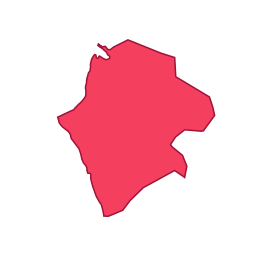 the district of Gwoza, Borno, Nigeria, rotated 128°
{"feature_id": "59680162B2846194934808", "entity_name": "Gwoza", "entity_type": "district", "adm_level": 2, "iso_a3": "NGA", "parent_name": "Nigeria", "parent_adm1": "Borno", "projection": "equal_earth", "projection_center": [13.592, 11.15], "detail": "fine", "context": "isolated", "style": "filled", "palette": "rose", "viewbox_px": 256, "rotation_deg": 128, "n_neighbors": 0, "source": "geoboundaries", "source_scale": "gbopen_adm2", "svg_char_len": 1947}
<svg xmlns="http://www.w3.org/2000/svg" viewBox="0 0 256 256"><g transform="rotate(128 128 128)"><path d="M79.9,203.0L80.2,203.1L81.5,202.6L81.5,199.4L81.4,198.7L81.2,197.6L81.2,196.5L81.4,194.9L81.5,191.8L82.8,189.1L82.8,187.3L83.0,186.4L83.4,185.8L84.3,185.5L85.2,185.8L85.9,186.1L87.7,187.3L88.5,190.4L88.7,193.6L88.8,194.7L89.4,195.0L90.7,194.6L91.8,194.9L92.2,196.0L90.2,198.4L90.7,199.5L92.4,199.6L96.2,199.0L101.0,196.8L102.9,195.1L106.5,193.1L108.8,193.1L110.4,192.5L111.5,191.9L112.5,191.6L114.0,191.0L114.9,190.4L116.3,189.8L117.2,188.9L118.1,188.6L119.0,188.0L120.6,187.4L121.7,186.8L121.8,186.8L122.6,186.2L123.3,185.6L123.8,184.7L124.7,184.1L126.1,182.9L127.1,182.2L128.8,181.1L130.4,180.8L135.8,180.8L137.4,181.1L138.3,181.1L139.2,181.4L141.3,181.7L142.2,181.7L142.7,181.7L143.3,181.7L143.5,181.8L144.0,182.1L144.6,182.1L144.9,182.0L145.3,182.0L146.9,182.0L148.0,182.6L150.1,183.7L152.7,185.0L154.5,185.9L157.0,187.2L162.8,190.1L164.4,187.8L166.2,185.5L167.0,183.0L167.4,180.6L167.5,179.9L167.5,178.7L167.5,174.9L167.5,174.6L167.4,173.0L167.7,172.2L168.6,169.4L171.0,166.6L171.4,165.7L172.1,162.9L172.7,160.8L173.7,156.9L174.5,153.8L177.3,149.6L178.0,148.7L178.9,147.6L181.0,145.1L183.0,141.4L183.6,138.1L184.9,135.6L186.6,134.4L187.5,133.1L187.7,132.7L187.9,132.5L188.1,132.4L188.2,132.2L188.3,131.9L188.3,131.6L188.2,131.5L187.2,130.3L187.2,130.2L187.2,129.7L187.4,129.3L187.7,128.4L190.1,126.9L192.3,124.4L195.8,119.8L201.5,110.7L203.8,105.2L204.9,101.7L207.2,98.7L208.4,97.1L210.0,95.2L212.3,92.8L209.6,89.1L196.0,81.5L183.8,81.7L165.5,79.2L132.8,65.1L132.1,54.3L132.1,52.9L121.9,58.1L116.0,68.2L115.7,81.5L114.8,84.3L105.8,85.0L94.5,82.2L85.4,68.3L83.8,66.8L64.7,67.5L59.4,74.0L53.4,82.9L58.2,121.9L43.7,134.6L48.7,148.0L58.6,182.3L73.1,189.2L77.2,190.2L78.6,192.3L77.6,196.0L79.5,198.0L80.1,198.4L79.8,199.5L79.9,200.3L80.2,200.6L80.3,200.8L80.0,201.4L79.9,203.0Z" fill="#f43f5e" stroke="#9f1239" stroke-width="1.5"/></g></svg>